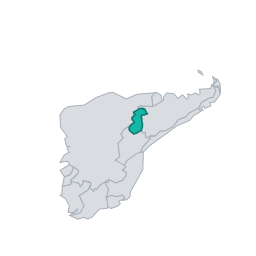 South America, with Paraguay highlighted, rotated 231°
{"feature_id": "PRY", "entity_name": "Paraguay", "entity_type": "country or territory", "adm_level": 0, "iso_a3": "PRY", "parent_name": "South America", "parent_adm1": "", "projection": "equal_earth", "projection_center": [-57.583, -23.42], "detail": "fine", "context": "in_parent", "style": "filled", "palette": "teal", "viewbox_px": 256, "rotation_deg": 231, "n_neighbors": 12, "source": "natural_earth", "source_scale": "50m", "svg_char_len": 6609}
<svg xmlns="http://www.w3.org/2000/svg" viewBox="0 0 256 256"><g transform="rotate(231 128 128)"><path d="M108.1,221.4L110.0,224.3L115.2,226.3L108.5,226.7L108.1,221.4ZM129.1,160.8L127.2,173.0L130.0,175.5L130.9,180.1L125.7,185.2L119.2,185.5L119.7,190.6L118.5,191.5L113.5,191.6L113.9,194.3L117.1,195.7L113.6,198.2L113.0,202.3L109.6,203.6L109.1,205.6L113.1,208.0L106.8,216.8L109.0,220.7L101.7,219.9L98.2,213.3L100.0,210.6L101.5,201.6L99.1,194.9L101.2,184.7L100.3,179.4L102.7,172.4L100.7,164.2L102.3,155.6L105.2,150.9L104.7,143.7L107.1,142.2L109.4,135.6L113.8,138.5L114.6,136.1L117.2,136.2L121.8,141.8L128.8,145.7L126.9,151.6L133.4,152.4L137.0,146.9L138.0,151.0L129.1,160.8Z" fill="#d9dde1" stroke="#a8b0b8" stroke-width="1"/><path d="M108.1,221.4L108.5,226.7L111.7,226.7L109.6,228.4L104.1,227.1L96.7,221.9L103.7,224.8L105.1,222.1L108.1,221.4ZM101.5,122.4L104.2,128.1L105.9,138.7L107.8,139.1L104.7,143.7L105.2,150.9L102.3,155.6L100.7,164.2L102.7,172.4L100.3,179.4L101.2,184.7L99.1,194.9L101.5,201.6L100.0,210.6L98.2,213.3L101.7,219.9L108.2,220.6L104.0,222.0L103.1,224.3L96.0,220.5L93.7,211.6L96.2,207.2L93.0,206.5L95.0,199.8L97.4,200.7L98.0,195.2L96.5,194.5L96.2,197.8L94.8,197.5L96.3,186.7L95.1,180.8L98.9,167.2L100.6,134.2L99.7,124.8L101.5,122.4Z" fill="#d9dde1" stroke="#a8b0b8" stroke-width="1"/><path d="M122.3,219.5L127.3,217.7L128.9,218.8L125.7,220.3L122.3,219.5Z" fill="#d9dde1" stroke="#a8b0b8" stroke-width="1"/><path d="M129.1,160.8L137.5,166.1L138.8,168.1L137.4,172.9L132.2,174.3L127.4,171.5L129.1,160.8Z" fill="#d9dde1" stroke="#a8b0b8" stroke-width="1"/><path d="M138.4,171.1L137.5,166.1L129.1,160.8L138.0,151.0L138.1,148.6L135.9,147.4L136.7,142.2L134.2,142.0L133.3,137.2L128.4,136.4L129.4,124.3L127.7,118.5L123.2,118.3L122.4,110.6L110.9,103.6L111.0,97.9L104.2,101.9L98.8,101.9L98.9,97.1L94.9,98.8L92.5,97.0L90.6,90.8L93.1,83.7L100.1,80.6L101.2,70.5L99.8,65.2L101.7,63.8L100.3,61.4L105.7,60.4L106.8,63.3L110.4,64.4L115.5,59.9L113.4,58.9L112.1,54.0L116.2,54.9L121.8,50.3L123.6,50.9L123.6,58.1L125.8,62.7L133.0,61.1L133.0,58.9L140.2,60.1L144.0,53.5L147.2,61.4L146.2,67.1L150.4,67.6L150.5,70.8L152.3,68.7L159.2,71.8L159.9,75.5L170.8,76.0L181.1,83.3L183.0,90.3L182.0,95.5L173.4,108.3L171.5,123.3L167.2,135.9L164.7,139.0L151.7,144.9L148.6,156.2L138.4,171.1Z" fill="#d9dde1" stroke="#a8b0b8" stroke-width="1"/><path d="M101.2,101.7L111.0,97.9L110.9,103.6L122.4,110.6L123.2,118.3L127.7,118.5L129.4,124.3L128.6,129.8L125.7,127.9L119.6,128.8L117.6,136.8L114.6,136.1L113.8,138.5L109.4,135.6L105.9,138.7L104.2,128.1L101.5,122.4L103.3,106.7L101.2,101.7Z" fill="#d9dde1" stroke="#a8b0b8" stroke-width="1"/><path d="M100.1,80.6L93.1,83.7L90.6,90.8L92.5,97.0L94.9,98.8L98.9,97.1L98.8,101.9L101.2,101.7L103.3,106.7L102.8,119.1L99.7,124.8L86.3,113.3L77.0,89.8L73.4,86.4L73.0,82.0L75.5,77.7L75.2,81.0L79.5,81.4L81.3,76.5L86.7,71.9L87.8,67.1L92.6,74.3L99.8,75.6L98.2,78.8L100.1,80.6Z" fill="#d9dde1" stroke="#a8b0b8" stroke-width="1"/><path d="M107.2,62.9L105.7,60.4L100.3,61.4L101.7,63.8L99.8,65.2L101.2,70.5L100.1,80.6L98.2,78.8L99.8,75.6L92.6,74.3L87.8,67.1L82.3,65.6L78.6,61.5L83.0,54.6L81.4,43.9L82.4,39.8L86.7,36.9L88.6,31.7L96.9,27.6L92.3,37.8L95.3,44.7L106.2,47.5L105.0,57.9L107.2,62.9Z" fill="#d9dde1" stroke="#a8b0b8" stroke-width="1"/><path d="M121.8,50.3L116.2,54.9L112.1,54.0L113.4,58.9L115.5,59.9L108.5,64.6L105.0,57.9L106.2,47.5L95.3,44.7L92.3,37.8L93.3,33.7L95.5,30.0L97.0,29.5L95.2,35.5L97.1,37.9L96.8,32.1L100.3,28.3L104.3,33.4L112.1,34.9L119.1,32.9L117.1,33.8L124.1,40.3L120.2,47.9L121.8,50.3Z" fill="#d9dde1" stroke="#a8b0b8" stroke-width="1"/><path d="M131.7,60.8L126.9,62.9L124.3,61.2L123.6,50.9L120.2,47.9L124.1,40.3L130.2,47.9L128.1,54.0L131.7,60.8Z" fill="#d9dde1" stroke="#a8b0b8" stroke-width="1"/><path d="M136.4,59.5L131.7,60.8L129.2,56.3L128.1,54.0L130.2,47.9L137.8,48.6L136.4,59.5Z" fill="#d9dde1" stroke="#a8b0b8" stroke-width="1"/><path d="M87.1,67.4L86.7,71.9L81.3,76.5L79.5,81.4L75.2,81.0L76.8,75.4L73.9,74.1L74.0,70.3L76.0,64.4L78.9,62.5L87.1,67.4Z" fill="#d9dde1" stroke="#a8b0b8" stroke-width="1"/><path d="M127.9,130.4L127.9,130.7L128.0,130.8L128.0,131.0L128.3,131.4L128.2,131.5L128.3,131.8L128.3,132.0L128.5,132.1L128.5,132.3L128.5,132.5L128.6,132.8L128.6,133.0L128.7,133.4L128.6,133.6L128.5,133.8L128.5,134.1L128.5,134.3L128.4,134.5L128.4,134.8L128.4,135.0L128.5,135.2L128.4,135.3L128.4,135.5L128.4,135.8L128.3,136.0L128.4,136.4L128.5,136.5L128.8,136.4L129.1,136.5L129.5,136.7L129.8,136.7L130.0,136.7L130.5,136.8L130.9,136.9L131.1,136.9L131.4,136.8L131.5,136.6L131.6,136.4L131.8,136.3L132.0,136.6L132.2,136.8L132.3,136.9L132.7,136.9L132.8,136.9L133.0,137.0L133.3,137.2L133.4,137.3L133.4,137.6L133.5,137.9L133.6,138.0L133.7,138.3L133.6,138.6L133.6,138.8L133.7,139.0L133.7,139.4L133.8,139.6L133.8,139.9L133.8,140.1L133.9,140.4L133.9,140.5L133.9,140.9L133.9,141.0L134.0,141.2L134.1,141.5L134.1,141.8L134.1,142.0L134.4,142.2L134.6,142.2L134.9,142.2L135.1,142.1L135.5,141.8L135.7,141.7L135.8,141.7L136.1,141.7L136.3,141.9L136.5,142.1L136.8,142.3L136.7,142.4L136.6,142.6L136.6,142.8L136.7,143.1L136.6,143.8L136.4,144.8L136.3,145.4L136.3,145.6L136.2,145.9L135.9,146.5L135.9,146.9L135.9,148.2L135.7,149.1L135.6,149.8L135.4,150.2L135.2,150.3L135.1,150.5L134.8,150.8L134.7,150.9L134.7,151.0L134.2,151.1L134.0,151.4L133.9,151.6L133.7,151.7L133.7,151.8L133.7,152.1L133.6,152.3L133.4,152.5L133.2,152.5L133.1,152.3L132.9,152.2L132.6,152.1L132.4,152.2L132.2,152.3L132.1,152.5L131.9,152.8L131.6,152.7L131.4,152.6L131.2,152.7L130.8,152.5L130.6,152.5L130.3,152.6L129.6,152.5L128.7,152.2L127.9,152.0L126.9,152.2L126.8,151.8L126.9,151.6L127.1,151.5L127.2,151.3L127.2,151.1L127.3,151.0L127.5,150.9L127.5,150.7L127.7,150.4L127.8,150.2L127.8,149.7L127.8,149.4L127.9,149.1L128.0,149.0L128.0,148.9L128.1,148.6L128.4,148.4L128.5,148.2L128.6,147.9L128.8,147.6L128.8,147.4L128.9,147.2L129.1,147.0L129.2,146.8L129.3,146.6L129.2,146.4L129.1,146.2L128.7,145.6L128.4,145.4L128.0,145.1L127.7,145.1L127.4,145.1L127.3,144.9L127.1,144.7L126.6,144.6L125.6,143.9L125.2,143.5L125.0,143.3L124.6,143.0L124.0,142.5L123.5,142.2L123.1,142.2L122.6,142.1L121.8,141.7L121.4,141.4L121.3,141.1L121.0,140.8L120.5,140.5L120.3,140.3L120.3,140.2L120.2,140.1L119.9,139.9L119.6,139.7L119.3,139.3L119.0,138.7L118.7,137.9L118.3,137.4L117.9,137.1L117.7,137.0L117.7,136.9L117.7,136.6L117.8,136.0L118.0,135.2L118.2,134.3L118.5,133.2L118.5,132.5L118.5,131.7L118.8,131.0L119.0,130.5L119.3,130.1L119.5,129.3L119.6,128.8L120.2,128.7L121.1,128.5L121.6,128.3L122.6,128.0L123.6,127.8L124.7,127.7L125.7,127.7L126.5,128.4L127.2,128.8L127.8,129.4L127.9,129.5L127.9,129.9L127.9,130.4Z" fill="#14b8a6" stroke="#0f766e" stroke-width="1.5"/></g></svg>